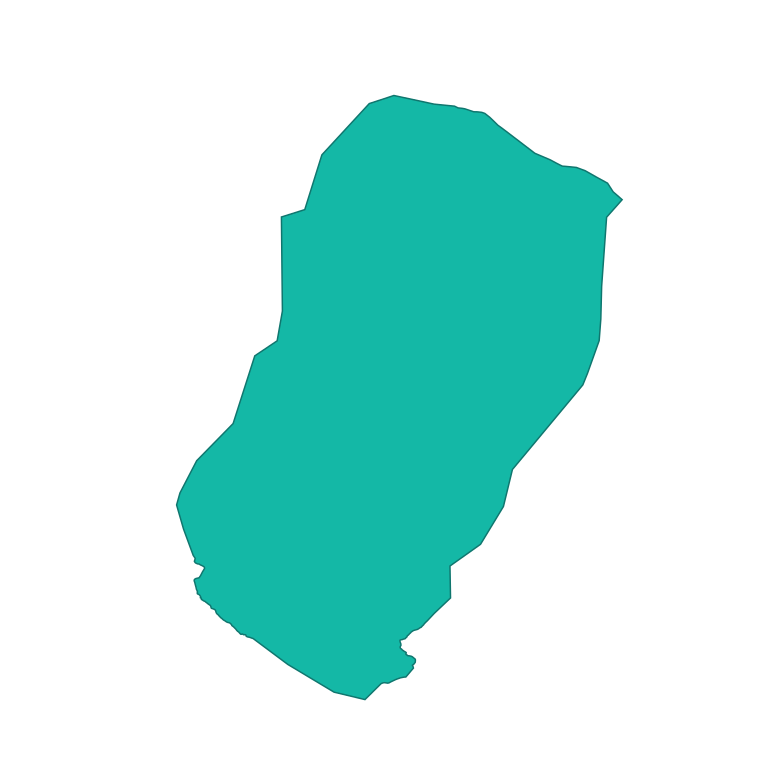 O'ndorxangai, Uvs, Mongolia (Robinson projection), rotated 212°
{"feature_id": "93677404B26996117801254", "entity_name": "O'ndorxangai", "entity_type": "district", "adm_level": 2, "iso_a3": "MNG", "parent_name": "Mongolia", "parent_adm1": "Uvs", "projection": "robinson", "projection_center": [94.78, 49.157], "detail": "fine", "context": "isolated", "style": "filled", "palette": "teal", "viewbox_px": 768, "rotation_deg": 212, "n_neighbors": 0, "source": "geoboundaries", "source_scale": "gbopen_adm2", "svg_char_len": 3526}
<svg xmlns="http://www.w3.org/2000/svg" viewBox="0 0 768 768"><g transform="rotate(212 384 384)"><path d="M208.5,158.7L209.7,159.8L210.4,160.1L210.8,160.4L210.9,160.6L210.7,161.0L210.4,161.6L210.2,162.4L210.2,162.7L210.2,163.2L210.1,163.7L210.0,164.2L210.2,164.9L211.1,166.6L211.5,167.0L212.1,167.3L212.8,167.4L213.4,167.4L214.1,167.5L215.2,167.7L216.5,167.6L218.0,167.1L219.9,166.2L220.3,166.2L220.7,166.4L221.6,166.3L222.3,166.5L222.5,166.7L222.6,167.3L222.6,167.7L222.9,168.0L223.7,168.1L225.3,168.0L226.1,168.1L227.0,168.1L227.8,168.2L228.5,168.5L229.6,168.5L230.2,168.7L230.8,169.3L231.0,169.7L231.1,170.4L231.1,171.2L231.4,171.7L231.9,172.4L232.4,172.9L233.0,173.3L233.5,173.7L234.4,174.6L234.6,175.1L234.6,175.4L234.3,175.8L233.6,176.5L232.9,177.1L232.4,177.9L231.9,178.5L231.5,178.7L231.2,179.1L231.0,179.6L231.0,180.2L230.6,181.4L230.6,181.9L230.7,182.5L230.8,182.9L230.4,183.7L230.2,184.6L230.0,185.8L229.6,187.1L229.6,187.7L228.7,189.9L228.0,191.0L225.6,193.6L224.9,194.8L224.5,196.0L223.6,197.3L223.2,199.4L222.8,200.8L222.8,201.8L222.4,203.8L221.8,206.1L219.8,216.2L214.2,237.8L231.6,264.6L217.2,299.2L217.8,343.4L229.8,379.6L226.0,407.3L214.9,488.6L217.1,501.0L224.5,534.8L234.5,553.9L251.2,582.2L283.6,643.4L279.7,666.5L280.2,666.6L291.5,668.4L300.9,672.8L302.0,672.7L314.3,672.0L326.3,671.5L335.6,669.6L340.9,667.0L345.7,664.6L348.1,663.3L350.7,663.0L355.4,662.6L361.6,662.2L370.7,660.8L378.3,659.6L418.8,663.4L424.6,663.8L428.5,664.7L435.6,666.2L439.1,666.6L441.9,666.9L445.0,666.2L448.8,664.4L452.2,662.4L461.3,660.2L463.8,659.2L467.5,657.4L471.4,657.0L489.8,647.9L528.5,633.9L545.1,614.0L558.1,545.4L543.6,489.9L559.5,471.3L508.8,392.0L497.5,364.0L508.5,339.4L491.0,270.5L502.2,219.7L499.3,183.5L495.8,171.5L477.2,154.8L454.9,137.5L451.7,136.1L451.4,135.1L451.1,134.2L450.9,133.2L449.6,132.5L448.6,132.4L447.8,132.5L446.7,132.7L446.0,133.0L445.5,133.3L445.0,133.3L443.7,133.3L442.5,133.5L441.6,133.6L440.7,133.6L439.7,133.6L439.0,133.2L438.4,132.3L438.4,128.9L438.2,126.3L438.1,125.0L438.0,124.1L438.1,123.2L438.1,122.5L438.2,121.6L438.9,120.9L440.4,119.4L441.1,118.1L441.1,117.3L440.7,116.5L439.2,115.3L438.1,114.2L436.7,112.9L435.7,112.0L434.3,110.5L433.3,109.9L432.7,109.6L432.4,109.4L432.2,108.7L431.8,108.4L431.6,108.2L431.6,107.8L431.3,107.4L431.0,107.2L430.6,107.2L429.8,107.4L428.7,107.3L427.8,107.0L426.7,106.3L426.5,106.1L426.6,105.6L426.4,105.4L425.9,105.5L425.3,105.4L425.0,104.9L424.6,104.5L424.0,104.6L423.3,104.6L422.4,104.5L421.4,104.6L420.9,104.7L420.4,104.8L419.7,104.6L418.3,104.5L416.9,104.3L415.1,104.2L414.1,104.2L413.6,104.0L412.8,103.4L412.2,102.8L411.7,102.4L411.2,102.4L410.5,102.6L409.6,102.8L408.1,103.0L407.1,102.8L406.4,102.3L405.7,101.6L404.7,100.9L403.6,100.5L402.4,100.4L400.9,99.9L399.7,99.6L398.6,99.3L397.1,99.2L395.8,98.9L394.8,98.8L393.6,98.9L392.6,98.8L391.2,98.8L390.2,99.0L389.5,99.2L388.7,99.6L388.0,99.6L387.1,99.4L386.2,99.3L385.3,98.8L385.0,98.5L384.5,98.5L383.6,98.4L382.7,98.3L381.5,98.0L380.2,97.7L379.2,97.4L378.3,97.0L377.8,96.9L377.0,96.7L375.9,96.7L375.0,96.4L373.9,96.1L373.1,95.9L372.6,96.0L372.0,96.5L371.4,97.0L370.9,97.0L370.3,97.0L369.9,97.1L369.7,97.2L369.3,97.7L368.8,97.9L368.3,97.9L367.6,97.5L367.2,97.1L366.6,97.1L365.8,97.2L364.7,97.6L363.9,97.9L363.1,98.1L362.2,98.3L361.1,98.5L360.2,98.8L316.9,95.2L289.9,95.7L263.0,96.2L232.9,106.3L227.7,128.3L226.6,129.9L225.3,131.0L222.3,132.3L221.3,133.3L220.5,134.8L217.7,139.2L216.6,140.7L214.3,143.6L211.6,146.1L210.2,147.1L208.5,158.7Z" fill="#14b8a6" stroke="#0f766e" stroke-width="1.5"/></g></svg>